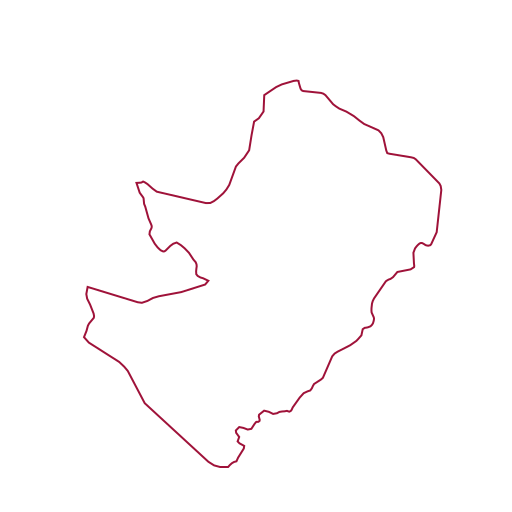 SVG path tracing the border of Haut-Sassandra, rotated 226°
{"feature_id": "CIV-3446", "entity_name": "Haut-Sassandra", "entity_type": "Department", "adm_level": 1, "iso_a3": "CIV", "parent_name": "Ivory Coast", "parent_adm1": "", "projection": "mercator", "projection_center": [-6.612, 7.016], "detail": "fine", "context": "isolated", "style": "outline", "palette": "rose", "viewbox_px": 512, "rotation_deg": 226, "n_neighbors": 0, "source": "natural_earth", "source_scale": "10m", "svg_char_len": 2773}
<svg xmlns="http://www.w3.org/2000/svg" viewBox="0 0 512 512"><g transform="rotate(226 256 256)"><path d="M127.6,115.6L126.0,113.5L123.4,103.1L121.9,99.3L123.1,97.1L123.7,94.7L123.8,92.1L123.6,89.4L129.3,83.5L134.5,80.4L141.1,78.8L227.4,73.7L262.3,83.9L267.7,84.3L274.8,84.0L309.8,75.6L317.1,75.9L319.9,82.1L322.6,86.6L323.0,87.8L323.4,89.1L324.2,96.4L325.3,97.8L327.4,99.2L336.3,102.9L342.6,104.9L346.5,107.5L350.7,113.4L304.9,138.8L301.6,141.4L299.1,146.7L297.4,152.7L294.5,158.2L282.0,177.1L270.8,199.6L271.3,204.5L276.7,202.5L279.2,201.1L282.2,200.2L284.4,200.4L286.6,202.3L288.3,204.3L289.8,206.2L291.3,207.4L293.4,208.3L296.9,208.5L304.9,210.0L311.2,210.0L316.0,209.5L320.8,208.3L322.3,205.0L322.8,201.4L322.7,194.6L323.0,193.3L323.7,192.4L326.0,191.5L327.4,191.3L330.6,191.2L335.2,191.7L345.6,194.4L347.5,196.8L348.6,200.0L349.2,201.0L350.0,201.8L351.5,202.5L357.7,204.8L368.4,210.6L371.2,211.7L375.6,215.2L376.4,215.5L382.3,216.3L391.6,220.8L389.1,223.7L388.4,224.7L388.0,226.5L386.2,227.2L383.1,227.9L376.4,228.4L371.2,229.3L328.9,256.7L325.9,259.9L324.7,263.9L324.2,268.0L323.9,276.1L324.4,280.9L325.7,286.1L334.3,303.7L334.8,307.7L334.9,315.7L336.8,324.5L345.9,336.6L354.0,348.0L353.1,353.7L354.7,361.8L366.0,373.7L363.5,387.9L361.5,393.8L355.8,404.7L353.9,407.2L352.4,408.2L350.6,407.0L346.2,404.7L345.1,404.2L343.9,404.0L342.8,404.1L341.8,404.6L328.1,416.1L326.0,417.2L323.5,417.7L311.6,416.9L308.3,417.4L304.2,418.3L297.1,421.3L288.5,423.6L281.5,424.5L275.8,425.5L261.3,431.4L257.3,431.4L253.1,430.1L241.4,423.0L238.8,421.9L236.9,423.0L219.3,436.1L216.9,437.6L214.6,438.1L180.8,438.3L178.1,437.5L174.8,435.2L147.6,402.5L142.8,390.2L142.7,388.9L143.8,387.0L144.9,386.2L146.1,385.5L147.3,385.3L149.7,384.6L150.5,384.0L151.1,383.2L151.4,382.0L151.5,380.4L151.4,378.4L151.0,375.7L149.0,371.5L141.1,364.6L138.9,362.9L138.2,362.0L139.0,357.9L146.3,346.6L145.6,339.9L146.1,336.7L146.7,335.6L147.1,334.4L147.4,333.1L147.6,331.8L143.5,311.5L142.5,308.7L141.2,306.4L138.2,302.8L136.5,301.1L135.0,299.9L130.3,298.2L129.2,297.6L128.3,296.6L127.4,295.3L126.3,293.3L125.9,291.4L125.9,289.5L127.0,286.9L127.9,285.5L128.8,284.3L129.2,281.9L125.7,276.7L125.3,271.8L125.2,269.2L126.4,261.7L130.5,248.2L131.2,244.8L130.9,241.2L121.9,219.5L122.0,217.0L123.6,208.9L123.0,206.7L122.0,204.2L121.6,201.6L122.8,199.1L124.2,195.0L123.8,189.1L121.6,177.3L120.6,174.8L120.4,173.3L120.9,171.8L122.0,171.2L123.1,170.7L124.4,168.7L126.0,166.8L127.6,164.5L128.3,161.9L130.5,158.6L135.0,157.0L139.1,154.4L139.7,148.0L138.7,146.6L135.5,144.8L134.9,143.9L135.1,142.5L135.7,141.8L136.2,141.4L136.5,140.7L136.2,138.2L134.9,132.6L136.9,129.5L141.1,127.5L144.6,125.1L144.5,120.3L142.6,118.9L137.5,118.2L135.4,114.0L132.7,114.0L127.6,115.6Z" fill="none" stroke="#9f1239" stroke-width="2"/></g></svg>